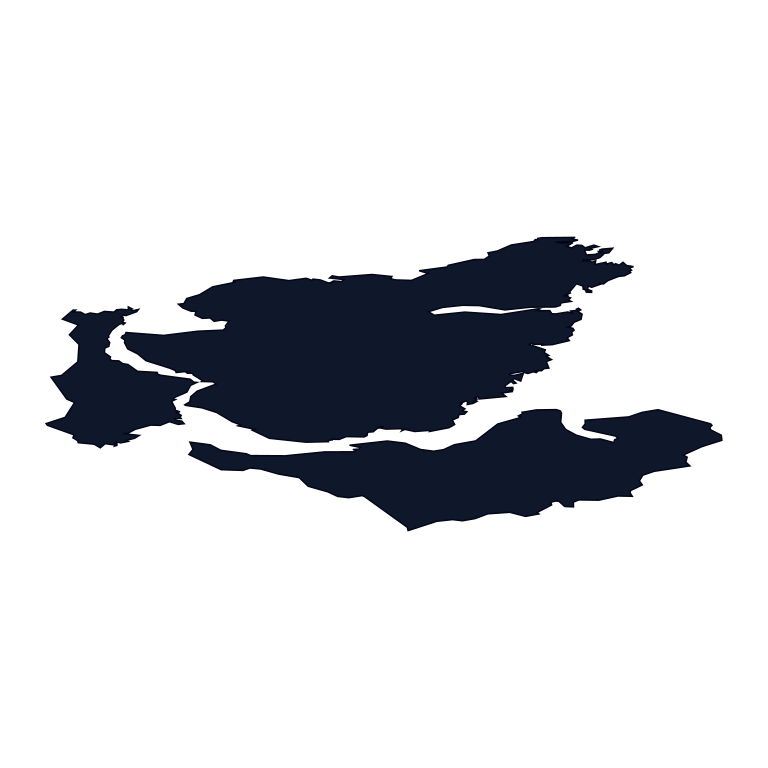 the district of Tjeldsund nor, Nordland, Norway, rotated 180°
{"feature_id": "86288312B94702681329617", "entity_name": "Tjeldsund nor", "entity_type": "district", "adm_level": 2, "iso_a3": "NOR", "parent_name": "Norway", "parent_adm1": "Nordland", "projection": "equal_earth", "projection_center": [16.297, 68.509], "detail": "fine", "context": "isolated", "style": "filled", "palette": "ink", "viewbox_px": 768, "rotation_deg": 180, "n_neighbors": 0, "source": "geoboundaries", "source_scale": "gbopen_adm2", "svg_char_len": 6162}
<svg xmlns="http://www.w3.org/2000/svg" viewBox="0 0 768 768"><g transform="rotate(180 384 384)"><path d="M498.7,329.7L462.0,325.8L439.5,326.3L439.8,327.7L435.1,328.1L436.7,328.8L428.7,328.6L421.7,331.4L403.9,331.1L401.0,332.4L400.3,335.8L394.8,336.2L390.5,339.8L386.7,340.3L388.4,341.1L387.1,341.4L385.2,341.4L386.4,339.7L381.9,338.9L367.5,339.3L365.3,338.6L366.3,337.2L363.1,338.6L353.3,336.5L338.3,337.6L338.6,336.5L319.0,340.3L313.3,343.5L315.7,347.9L309.8,350.5L309.0,353.4L303.5,353.9L301.2,356.3L306.0,357.0L303.1,359.2L308.4,362.1L306.1,364.2L307.2,364.8L302.0,367.1L300.3,365.9L300.8,363.5L295.2,364.5L291.5,366.4L295.1,367.1L291.0,368.1L291.3,369.7L294.5,369.6L289.7,371.6L289.0,369.0L262.1,371.5L266.3,374.9L255.1,376.5L257.9,377.4L255.0,378.1L255.2,380.6L262.5,380.4L263.1,382.1L256.9,386.6L254.5,384.4L252.0,384.9L255.6,388.1L253.8,389.4L247.3,386.9L244.6,394.8L253.1,392.7L256.7,392.7L258.7,393.8L257.8,394.4L244.0,396.7L244.1,395.6L240.1,394.5L234.7,396.2L231.7,395.4L230.5,396.5L233.8,397.3L226.4,397.3L223.9,399.4L219.1,399.9L221.7,406.4L216.5,408.4L221.6,411.6L219.2,412.6L223.8,415.4L222.7,418.2L238.9,423.5L236.0,425.2L235.0,423.7L225.3,423.7L226.9,422.8L215.8,423.3L198.7,427.4L200.8,430.3L195.6,433.1L196.3,435.9L193.9,437.8L195.1,439.7L200.3,440.9L196.8,442.0L194.0,445.7L186.9,448.7L185.9,453.8L190.3,456.7L187.3,458.1L189.5,459.8L191.6,458.8L191.2,457.6L197.3,457.0L195.4,454.9L200.3,456.0L212.3,454.1L216.2,454.3L218.2,457.4L232.4,457.3L228.2,459.1L229.4,459.3L266.8,453.5L303.2,455.9L333.7,452.8L339.6,456.3L325.3,460.6L305.3,462.7L288.8,462.4L263.0,458.1L237.4,460.8L212.8,461.0L207.8,462.5L206.9,465.1L196.9,466.6L199.7,468.0L197.4,470.1L199.8,471.0L200.2,472.7L205.0,471.8L197.7,475.0L198.5,476.0L191.6,484.2L185.1,482.0L184.8,478.8L182.6,478.1L181.6,475.8L176.4,475.6L176.3,477.1L180.4,478.6L179.7,481.9L176.3,480.7L167.4,483.8L168.9,484.9L164.6,484.0L160.1,487.4L149.3,491.6L143.6,492.2L137.3,495.4L138.6,496.8L136.5,497.7L138.5,500.0L134.5,501.4L141.4,502.5L145.0,505.7L148.9,502.8L152.3,504.3L154.2,503.3L156.2,505.5L161.6,504.0L162.0,505.8L173.0,503.4L172.3,507.3L176.0,505.7L178.4,507.3L185.1,506.7L184.0,508.1L185.2,508.3L175.4,508.2L168.3,510.3L164.7,513.4L166.1,514.4L159.1,515.2L155.3,519.8L166.0,518.9L168.9,517.9L166.1,518.3L165.8,516.6L169.5,516.5L168.4,515.3L172.7,513.6L181.5,513.1L183.5,517.9L178.6,517.8L176.0,518.6L177.6,519.7L169.7,521.4L174.1,522.9L182.9,520.2L186.1,522.6L191.2,522.9L196.5,520.1L201.2,521.7L195.0,525.4L207.9,524.9L212.6,526.2L196.0,526.4L190.0,527.9L197.6,529.2L192.8,530.6L226.1,530.3L230.3,529.6L230.2,528.4L232.8,528.4L234.3,526.5L256.8,523.0L270.7,517.0L280.0,515.2L278.7,512.0L283.7,508.6L293.7,508.5L319.7,502.7L321.0,501.0L348.9,497.3L339.8,494.5L356.5,487.6L372.5,488.1L377.4,489.3L376.1,491.5L396.0,493.5L429.0,491.0L435.8,492.2L438.5,490.0L424.0,488.4L426.4,486.4L434.3,487.1L436.1,486.1L434.6,485.6L438.3,485.2L437.3,484.2L447.7,488.1L455.0,488.9L456.1,487.8L461.9,489.7L479.1,487.4L504.7,491.0L534.3,487.6L534.8,486.3L532.1,485.9L555.3,481.2L568.5,473.3L581.2,469.5L584.1,464.4L589.6,463.8L585.2,460.0L576.7,456.7L572.1,456.8L573.0,453.0L565.6,449.6L558.0,450.1L553.9,446.7L546.3,447.9L539.0,446.9L542.6,442.2L542.2,440.0L544.9,437.9L570.1,436.8L604.4,432.6L642.0,435.5L642.8,433.3L645.5,432.2L646.7,430.3L643.1,428.0L643.5,425.3L640.3,419.1L630.3,414.1L622.0,407.3L598.5,399.9L592.8,397.5L591.8,395.5L582.6,396.4L580.4,395.9L581.6,395.5L580.7,394.8L575.0,394.6L574.9,393.2L565.5,387.4L566.5,386.5L555.0,386.2L551.7,384.0L570.9,376.8L577.2,371.4L578.3,366.1L583.3,363.2L582.4,362.6L566.1,360.2L551.3,355.5L535.9,346.3L527.6,343.2L530.0,342.2L513.1,338.7L515.7,337.8L498.7,329.7ZM578.1,325.9L575.0,318.6L579.1,313.5L546.8,298.3L525.0,297.6L518.0,300.0L507.3,299.0L489.3,293.9L468.8,290.4L459.8,281.7L440.3,276.2L430.4,271.6L419.2,270.3L405.8,272.4L403.4,271.4L360.7,240.7L359.9,237.4L331.3,246.7L315.5,248.4L305.5,247.2L293.0,249.4L280.0,254.2L258.2,255.7L242.4,251.6L229.1,254.1L231.0,255.5L216.4,263.1L217.2,265.8L212.7,266.9L209.2,266.8L203.3,261.5L194.5,261.1L194.6,265.9L189.0,268.1L169.1,267.8L150.1,272.0L135.7,271.7L138.0,275.2L137.5,277.4L125.7,283.1L128.6,287.1L125.2,292.8L113.8,296.7L78.1,302.1L82.2,305.9L80.8,310.8L84.7,313.0L65.8,321.5L46.1,327.7L46.7,332.8L57.2,338.1L58.2,340.5L56.0,342.6L57.4,344.2L110.0,358.3L125.6,355.7L139.3,351.1L182.9,347.8L182.8,344.1L185.6,340.7L183.3,338.7L152.4,331.9L150.0,329.6L153.4,328.2L154.2,325.4L167.4,329.0L177.3,328.7L191.8,332.9L202.4,338.6L207.3,345.7L206.5,354.9L207.8,357.2L211.7,358.4L231.7,358.1L246.0,355.7L245.3,354.3L249.6,352.1L247.4,350.5L270.3,344.0L292.3,327.1L313.6,323.3L324.6,318.3L334.4,316.8L347.4,318.5L362.7,324.8L380.7,327.0L418.5,322.8L407.8,320.5L408.8,319.0L415.1,318.5L412.6,317.5L413.0,316.2L443.4,316.1L482.9,312.2L517.4,312.4L521.4,314.2L547.2,317.7L557.7,323.2L578.1,325.9ZM721.9,344.4L720.6,342.7L694.0,333.2L695.1,330.2L690.4,327.4L689.7,325.3L673.8,323.8L667.7,320.2L662.8,324.3L652.9,323.0L653.5,321.9L651.1,322.6L651.0,324.2L653.2,325.1L651.6,326.0L647.3,325.1L639.8,326.6L641.9,327.6L633.4,329.7L628.7,332.6L644.8,334.3L640.2,334.7L632.7,338.7L617.2,342.9L607.8,342.6L598.6,346.3L589.8,343.6L583.8,344.3L586.2,346.9L591.7,347.6L593.4,349.4L586.9,349.5L587.9,350.7L586.8,352.6L591.4,355.6L588.0,356.2L593.1,357.8L592.7,359.8L596.4,366.6L592.6,368.5L594.7,368.9L593.8,370.4L581.1,375.9L577.5,382.6L571.0,385.6L574.2,385.9L577.8,388.8L606.9,392.7L609.9,393.5L610.9,395.6L630.5,396.7L640.0,403.5L645.5,404.4L649.1,407.1L656.2,407.4L658.2,408.9L657.5,411.1L663.6,415.3L663.1,420.0L659.2,421.6L658.3,425.6L661.3,429.4L659.1,430.9L659.6,432.2L656.2,437.7L648.8,443.7L645.5,444.6L644.8,443.4L642.9,445.0L645.5,445.6L644.2,448.0L645.6,450.0L644.3,450.5L647.1,450.8L645.1,452.7L641.8,452.5L631.3,456.3L629.5,458.6L635.4,457.2L636.8,458.6L635.8,459.1L639.7,461.1L639.7,458.2L646.6,458.7L651.4,458.2L654.0,455.9L663.6,456.6L670.4,453.9L677.8,455.0L682.8,453.4L687.4,455.9L694.6,456.1L692.5,457.9L694.9,457.9L705.6,448.9L689.6,443.0L698.6,433.2L689.0,423.6L690.2,406.2L706.4,392.6L717.0,390.8L701.2,368.9L693.4,365.5L702.9,350.6L721.9,344.4Z" fill="#0f172a" stroke="#020617" stroke-width="1.5"/></g></svg>